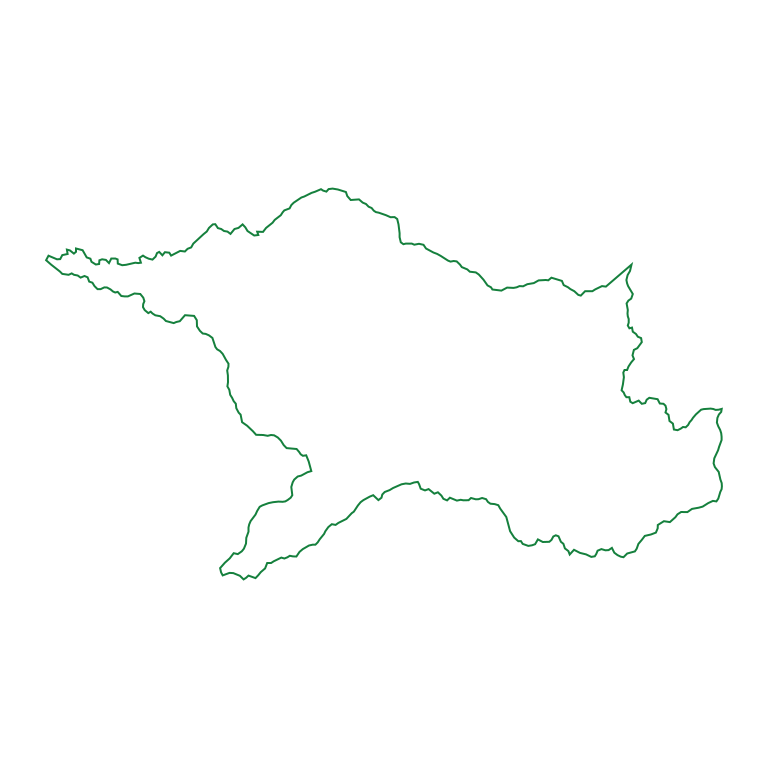 outline of Cristalândia, Tocantins, Brazil
{"feature_id": "56859067B40620192903678", "entity_name": "Cristalândia", "entity_type": "district", "adm_level": 2, "iso_a3": "BRA", "parent_name": "Brazil", "parent_adm1": "Tocantins", "projection": "natural_earth1", "projection_center": [-49.344, -10.64], "detail": "fine", "context": "isolated", "style": "outline", "palette": "green", "viewbox_px": 768, "rotation_deg": 0, "n_neighbors": 0, "source": "geoboundaries", "source_scale": "gbopen_adm2", "svg_char_len": 6095}
<svg xmlns="http://www.w3.org/2000/svg" viewBox="0 0 768 768"><path d="M631.5,264.6L605.9,286.6L602.0,286.1L595.2,289.4L592.4,291.2L585.1,291.2L580.8,295.6L578.3,294.9L574.3,291.2L570.4,289.1L567.9,287.2L563.7,285.1L561.9,280.9L551.4,277.7L548.3,280.3L545.8,280.0L538.6,280.4L533.8,283.1L527.3,284.2L523.1,286.3L519.5,286.1L516.7,287.3L513.6,287.9L507.1,287.6L501.4,290.6L492.4,289.5L491.0,287.3L487.5,285.4L483.5,279.7L478.8,274.5L475.8,272.4L469.8,271.7L467.3,269.4L461.8,267.1L460.0,264.6L456.7,261.4L453.7,261.0L450.5,261.6L448.0,260.6L440.7,255.9L437.1,253.9L433.4,252.5L426.0,248.5L423.5,244.8L419.0,243.8L414.3,244.7L411.8,243.6L405.8,243.6L403.4,244.2L400.8,242.3L399.6,237.2L399.6,233.2L398.5,224.4L397.2,219.0L394.6,217.1L390.5,217.2L386.0,215.2L378.8,212.7L375.9,212.1L373.8,210.7L371.6,208.0L368.6,206.7L366.0,204.0L362.7,202.6L359.0,199.4L350.7,200.0L347.3,196.1L345.9,192.0L337.9,189.5L332.6,188.6L328.6,189.1L326.4,191.6L323.1,190.6L321.0,189.2L314.9,191.8L311.5,192.9L304.3,196.5L301.4,197.5L293.7,202.7L291.3,205.1L289.6,208.4L284.3,210.4L282.6,212.4L280.8,215.2L274.7,219.9L272.6,222.7L266.1,227.9L263.0,231.9L257.2,231.7L258.3,235.0L254.2,235.5L247.5,231.0L245.3,227.3L242.6,224.4L238.5,227.9L234.5,229.0L230.5,233.9L227.5,231.6L224.0,231.0L221.2,229.0L217.9,228.1L215.3,224.2L212.8,224.4L209.0,227.9L206.8,231.5L203.6,234.1L193.3,243.6L191.2,247.4L187.6,248.8L184.9,251.5L180.2,250.9L171.1,255.6L169.3,252.7L164.9,252.2L162.4,255.3L159.2,251.9L157.0,253.1L155.6,256.6L152.5,259.6L148.7,258.7L145.4,257.2L143.0,255.6L139.4,257.9L140.9,262.7L138.3,263.1L135.3,262.7L126.1,264.8L122.2,265.2L117.8,263.6L117.6,259.4L115.3,258.5L111.3,258.5L109.0,263.1L105.9,259.9L102.1,259.3L99.4,260.3L99.1,264.0L95.8,264.5L91.5,261.8L90.4,258.7L86.7,257.4L82.6,250.2L76.0,248.5L76.0,251.8L73.9,253.6L69.9,250.4L66.9,249.6L67.6,254.0L62.3,255.1L60.2,259.1L57.0,259.3L48.5,255.7L46.1,260.2L51.1,264.6L59.9,271.5L62.3,273.9L68.6,274.8L71.7,273.4L74.0,274.8L77.7,275.5L80.6,277.6L84.5,276.0L87.6,277.3L89.2,281.6L92.4,282.7L94.5,286.1L97.5,289.1L100.7,289.1L104.3,287.4L107.0,287.5L110.5,289.4L113.0,291.5L115.2,292.5L117.7,291.9L121.3,296.0L124.7,296.4L127.9,296.4L134.4,293.5L140.3,294.0L143.3,297.7L144.4,301.2L143.2,304.1L143.0,307.1L144.7,310.1L148.3,313.1L150.7,311.7L152.5,313.5L155.3,315.3L160.2,316.2L163.6,318.6L165.9,321.0L173.7,323.1L176.3,322.0L179.8,321.2L185.0,315.2L194.1,315.9L196.8,320.2L197.0,326.4L199.9,330.8L202.7,333.5L205.7,333.9L208.9,335.3L212.4,337.9L215.4,347.0L217.1,349.3L220.0,351.0L222.7,353.9L226.0,359.9L228.5,363.7L228.4,366.8L227.2,370.5L227.9,375.4L228.0,382.2L227.4,386.4L229.3,389.8L230.2,394.8L232.1,397.8L233.7,401.2L235.8,403.7L236.3,408.2L238.7,412.7L240.6,414.6L242.1,422.2L247.1,425.7L252.9,431.2L256.1,434.8L263.2,435.0L267.7,435.8L271.0,435.0L274.1,435.3L277.8,437.5L280.9,440.6L283.7,445.1L286.6,448.1L296.6,449.0L299.1,451.9L300.7,454.3L302.9,455.8L306.2,455.3L308.7,461.5L311.3,471.1L307.5,472.2L301.2,475.6L297.7,476.5L294.2,479.6L292.7,482.3L291.3,487.0L292.3,495.2L290.7,497.7L287.7,500.0L285.3,501.4L282.6,501.8L278.5,501.6L273.0,502.2L268.6,503.1L262.3,505.4L259.7,506.8L257.2,510.9L255.5,514.6L250.6,521.1L249.2,524.4L248.5,527.5L248.5,531.7L246.3,537.8L246.0,543.6L243.9,548.7L241.8,551.3L237.8,554.1L233.7,553.2L229.7,558.4L224.9,562.7L220.1,568.1L221.1,572.4L222.7,575.4L229.5,572.9L233.3,573.1L239.9,575.8L243.6,579.4L246.1,577.8L248.5,575.6L255.5,578.1L258.2,575.3L260.8,572.1L265.1,568.4L267.2,563.0L271.1,563.0L273.7,561.3L281.3,557.6L284.4,558.5L287.4,557.3L289.8,555.8L293.0,556.4L296.4,556.5L299.5,551.9L302.8,549.1L309.0,545.5L312.6,544.7L315.4,544.7L317.7,542.4L319.7,539.3L324.1,533.9L325.3,531.3L328.3,527.1L331.8,524.2L335.6,524.9L338.4,522.9L346.4,518.9L351.7,513.2L353.8,511.7L357.9,505.5L360.6,502.2L363.4,500.1L369.8,496.6L373.2,495.2L378.4,500.1L381.5,497.7L382.3,494.5L384.7,492.0L389.6,490.1L393.1,488.0L401.5,484.3L405.7,483.5L410.0,483.9L414.0,482.5L417.8,481.9L419.1,484.2L420.7,488.7L425.0,490.4L428.6,489.1L434.3,493.7L437.9,492.3L441.4,495.6L443.4,498.8L447.1,500.4L449.9,497.7L456.9,500.6L460.7,499.8L463.4,500.3L468.6,500.2L471.0,498.0L475.8,499.3L478.5,499.2L482.1,498.0L486.1,499.2L487.9,501.9L490.4,503.7L494.7,504.1L498.3,505.2L500.2,508.6L506.3,517.0L510.1,531.2L514.2,537.6L518.3,541.2L520.9,541.1L522.7,543.9L528.3,545.9L532.0,545.3L535.1,544.2L537.9,539.4L542.8,542.0L549.3,541.8L551.5,539.9L553.3,536.5L555.8,535.3L558.5,536.3L560.9,541.8L563.4,543.8L564.9,548.4L568.4,551.1L569.7,554.5L574.0,549.8L580.0,552.9L586.1,554.4L591.3,556.9L594.8,556.3L596.3,553.9L597.6,550.7L601.4,549.1L605.4,550.3L608.6,550.1L611.9,547.9L614.3,552.7L617.5,555.1L620.8,556.7L623.5,557.2L627.2,553.5L634.9,551.4L636.7,548.7L638.4,543.9L641.7,540.0L644.8,535.9L650.9,534.5L655.9,532.6L657.7,528.3L657.8,525.0L663.9,521.2L669.9,522.1L675.4,517.2L677.5,514.3L681.1,512.0L687.4,512.1L692.0,508.9L698.7,507.7L702.7,506.6L708.2,503.1L712.9,500.9L716.4,501.4L718.3,498.6L720.3,491.9L721.6,489.2L721.9,486.3L721.7,483.1L720.4,479.5L718.7,471.9L714.9,467.1L713.6,463.4L714.3,458.3L718.1,450.2L719.1,446.8L721.6,440.0L721.6,436.8L721.2,433.2L720.1,429.8L718.3,426.4L716.9,422.6L717.4,417.9L718.9,414.5L721.2,411.9L721.7,408.9L718.7,409.7L715.6,409.9L713.3,409.0L710.6,408.6L703.6,409.1L701.1,409.7L695.9,414.4L693.0,417.8L691.5,420.1L689.6,422.2L688.1,425.0L685.7,427.3L683.0,427.0L680.8,428.6L677.6,430.2L673.9,429.5L672.9,423.6L669.5,421.0L668.5,414.8L665.5,412.5L666.4,409.1L665.5,405.7L663.5,403.8L659.8,403.5L657.6,399.2L649.3,397.8L646.7,399.7L645.2,403.1L641.8,403.8L638.7,400.6L632.7,403.2L630.3,401.7L629.3,397.2L626.4,397.2L624.8,395.1L623.7,392.5L621.6,390.3L622.9,384.5L623.9,377.2L623.3,372.6L624.5,370.0L627.1,370.0L628.5,366.5L631.2,362.4L634.0,359.1L632.5,355.4L633.9,349.9L637.3,348.2L641.8,342.1L641.1,338.1L637.8,336.7L636.0,334.0L632.8,331.7L632.0,327.6L629.4,328.3L627.8,325.5L628.7,322.7L628.7,319.0L627.8,316.3L627.5,313.5L627.8,310.0L626.6,303.4L628.4,300.6L631.2,298.6L632.8,294.0L628.1,286.1L627.1,283.4L626.4,280.0L627.6,275.1L630.0,271.0L631.5,264.6Z" fill="none" stroke="#15803d" stroke-width="2"/></svg>